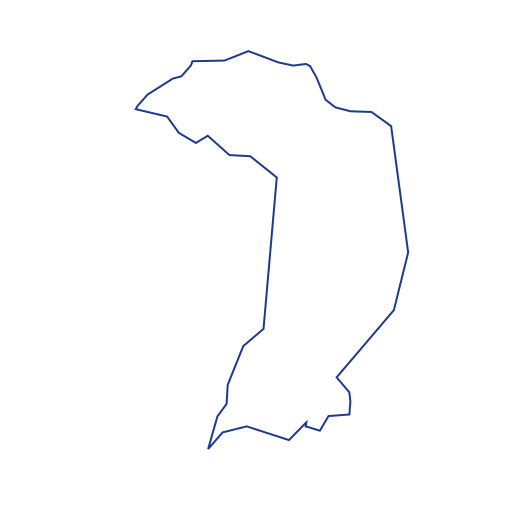 Chowan, North Carolina, United States of America (Robinson projection), rotated 192°
{"feature_id": "52423323B33793433125252", "entity_name": "Chowan", "entity_type": "district", "adm_level": 2, "iso_a3": "USA", "parent_name": "United States of America", "parent_adm1": "North Carolina", "projection": "robinson", "projection_center": [-76.579, 36.178], "detail": "fine", "context": "isolated", "style": "outline", "palette": "blue", "viewbox_px": 512, "rotation_deg": 192, "n_neighbors": 0, "source": "geoboundaries", "source_scale": "gbopen_adm2", "svg_char_len": 722}
<svg xmlns="http://www.w3.org/2000/svg" viewBox="0 0 512 512"><g transform="rotate(192 256 256)"><path d="M131.7,120.4L133.4,133.2L136.4,142.1L151.9,154.1L109.9,231.7L107.9,291.1L150.8,411.1L173.0,420.9L193.7,417.2L209.3,417.9L220.4,423.3L234.0,443.3L242.6,453.0L247.1,454.2L259.2,450.0L274.3,450.0L306.1,454.8L327.5,440.6L358.7,433.3L359.2,429.1L366.3,416.3L374.4,412.1L395.5,391.5L403.1,378.2L404.1,374.6L371.9,373.9L357.1,360.4L338.3,354.1L328.2,363.6L303.0,349.2L282.4,352.4L252.0,337.1L233.5,186.3L249.7,165.3L256.9,124.0L254.0,105.3L260.4,91.1L262.7,57.2L252.0,76.5L229.7,87.4L185.5,82.8L172.2,103.7L171.9,99.6L171.6,99.7L157.2,98.4L151.8,114.5L131.7,120.4Z" fill="none" stroke="#1e3a8a" stroke-width="2"/></g></svg>